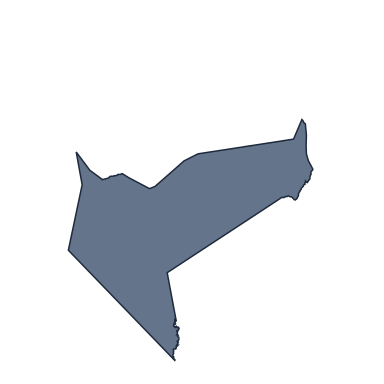 Markham District, Morobe, Papua New Guinea (Natural Earth projection), rotated 226°
{"feature_id": "67681753B75894454378558", "entity_name": "Markham District", "entity_type": "district", "adm_level": 2, "iso_a3": "PNG", "parent_name": "Papua New Guinea", "parent_adm1": "Morobe", "projection": "natural_earth1", "projection_center": [146.054, -6.474], "detail": "fine", "context": "isolated", "style": "filled", "palette": "slate", "viewbox_px": 384, "rotation_deg": 226, "n_neighbors": 0, "source": "geoboundaries", "source_scale": "gbopen_adm2", "svg_char_len": 3477}
<svg xmlns="http://www.w3.org/2000/svg" viewBox="0 0 384 384"><g transform="rotate(226 192 192)"><path d="M253.7,154.6L253.9,154.1L254.0,153.4L254.5,152.8L254.5,152.5L254.7,152.3L255.3,151.7L255.9,151.2L256.1,150.8L256.1,150.3L256.3,149.7L256.5,148.8L257.2,147.8L257.8,147.4L257.7,147.0L258.1,146.5L258.4,145.9L259.0,145.2L259.7,144.7L260.0,144.0L260.2,143.0L260.0,141.7L263.2,136.1L263.3,136.2L278.5,133.6L301.2,136.5L273.5,118.0L236.0,62.6L207.5,62.6L194.3,62.6L132.3,62.6L82.8,62.6L83.0,63.1L83.7,63.1L84.1,63.1L85.4,63.4L85.6,63.6L86.0,64.3L87.2,64.3L87.6,64.6L88.0,65.0L88.4,65.7L88.5,66.4L88.9,66.9L89.5,67.2L90.7,68.7L91.6,68.8L91.7,69.8L91.7,70.2L91.3,70.8L90.7,70.8L90.4,71.1L90.4,71.5L91.2,72.9L91.5,73.2L92.0,73.4L92.2,73.6L92.0,73.9L91.5,74.1L91.5,75.7L92.3,75.0L92.7,75.2L92.7,75.8L93.0,76.4L93.1,77.4L93.5,77.8L94.0,77.7L94.6,77.4L95.1,78.2L94.7,79.0L94.9,79.9L95.9,81.0L96.7,81.3L96.9,81.6L97.8,81.2L98.2,81.3L98.6,81.7L98.6,82.6L98.9,82.6L99.3,82.5L100.0,81.8L100.2,82.7L100.6,83.4L101.2,84.2L101.6,84.5L102.1,84.2L102.5,84.2L102.7,84.4L102.8,84.6L102.7,85.0L102.0,85.7L102.1,86.2L102.3,86.6L102.5,87.5L102.7,87.8L103.0,87.9L103.7,88.3L104.0,88.3L104.0,87.6L104.1,87.4L105.7,87.6L106.3,87.6L106.5,87.3L106.5,87.0L106.4,86.8L106.0,86.7L105.8,86.3L106.1,85.9L106.5,85.9L106.9,86.1L107.2,86.0L108.1,85.5L108.3,85.5L108.6,85.8L108.7,86.2L109.5,87.0L108.8,87.4L108.6,87.8L108.6,88.5L108.8,88.8L109.4,88.9L109.9,88.7L110.3,88.7L110.7,89.1L110.6,89.5L110.3,89.9L110.2,90.6L110.3,91.1L110.5,91.3L110.8,90.9L110.8,90.5L111.0,90.2L111.3,90.1L111.5,90.3L111.7,90.8L111.9,91.0L112.2,91.0L112.5,91.2L112.2,92.1L111.9,92.2L151.2,118.1L145.4,148.9L134.9,204.1L125.7,252.9L125.1,253.4L124.7,253.6L124.4,254.2L124.0,254.6L123.9,255.0L123.8,255.4L123.8,256.1L123.6,256.4L122.7,257.1L122.6,257.8L122.4,258.7L121.5,258.9L120.7,259.1L119.7,259.9L119.3,260.0L118.7,260.3L118.4,260.5L118.2,260.5L117.7,260.3L117.1,260.3L116.6,260.3L116.3,260.3L116.1,260.2L115.8,260.2L115.6,260.2L115.2,260.3L114.8,260.6L114.6,260.7L114.5,260.9L114.5,261.2L114.5,261.6L114.5,261.9L114.4,262.2L114.3,262.5L114.5,262.9L114.5,263.3L114.7,263.8L114.9,264.1L115.0,264.3L115.1,264.9L115.2,265.5L115.4,265.9L115.6,266.2L115.9,266.5L116.2,266.8L116.3,267.0L116.6,267.3L116.8,267.5L117.0,267.7L117.0,268.0L117.1,268.4L117.2,268.8L117.4,269.1L117.4,269.5L117.4,269.8L117.4,270.0L117.8,270.6L118.0,270.9L118.0,271.5L118.0,271.9L118.1,272.3L118.2,272.6L118.5,272.9L118.7,273.0L118.8,274.0L118.8,274.6L118.8,275.2L118.8,275.8L118.8,276.1L118.9,276.3L119.2,276.5L119.4,276.8L119.5,277.1L119.5,277.4L119.3,277.9L119.1,278.3L119.0,278.6L119.4,279.0L119.7,279.2L120.0,279.2L120.3,279.5L120.3,280.0L120.4,280.5L120.4,280.8L120.7,281.1L120.0,281.0L119.6,281.1L119.1,281.2L118.9,281.3L118.7,281.5L118.8,281.9L119.1,282.4L119.0,283.0L119.1,283.4L119.3,283.7L119.4,284.2L119.5,284.6L119.3,284.9L119.3,285.0L119.5,285.7L119.7,286.0L120.1,286.4L120.5,286.9L120.7,287.1L120.9,287.3L121.0,287.6L121.2,287.8L121.7,288.5L121.8,289.2L121.9,289.6L122.0,289.9L122.3,290.2L122.5,290.4L123.1,290.7L123.5,291.0L123.7,291.4L123.8,291.8L123.9,292.3L123.9,292.9L124.0,293.5L124.1,294.0L124.5,294.6L124.5,294.8L133.8,297.5L137.0,299.2L140.0,300.8L146.5,306.7L153.3,313.7L162.3,320.9L163.0,320.8L163.8,320.7L164.6,320.7L165.5,321.2L166.7,321.4L167.8,321.4L159.5,301.8L215.3,222.8L219.9,208.0L220.7,190.0L221.7,169.2L223.9,163.8L236.9,159.5L240.0,158.5L246.0,156.5L253.7,154.6Z" fill="#64748b" stroke="#1e293b" stroke-width="1.5"/></g></svg>